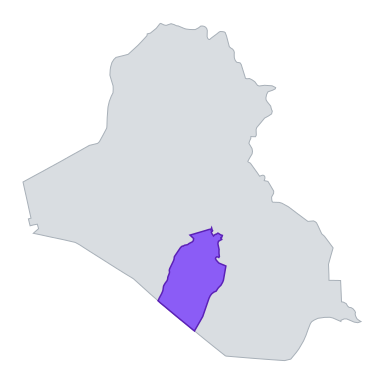 where An-Najaf sits in Iraq
{"feature_id": "IRQ-3061", "entity_name": "An-Najaf", "entity_type": "Province", "adm_level": 1, "iso_a3": "IRQ", "parent_name": "Iraq", "parent_adm1": "", "projection": "orthographic", "projection_center": [43.942, 31.079], "detail": "fine", "context": "in_parent", "style": "filled", "palette": "violet", "viewbox_px": 384, "rotation_deg": 0, "n_neighbors": 0, "source": "natural_earth", "source_scale": "10m", "svg_char_len": 4522}
<svg xmlns="http://www.w3.org/2000/svg" viewBox="0 0 384 384"><path d="M147.2,33.9L150.4,33.1L156.3,28.3L159.8,23.8L160.8,23.4L163.9,24.9L166.1,25.4L171.1,23.7L174.1,24.6L176.6,25.8L178.1,25.9L184.8,28.7L186.5,29.1L190.0,29.5L195.2,29.6L198.6,27.8L200.9,26.0L202.6,26.0L204.2,26.4L205.6,27.2L206.7,28.5L207.3,30.5L207.1,36.6L207.6,38.2L208.5,39.3L209.7,39.5L211.1,38.2L213.6,36.3L216.6,34.1L218.9,32.2L220.2,31.5L222.2,31.6L224.2,31.9L225.4,32.8L225.4,33.1L226.5,36.0L229.3,46.7L230.8,48.0L232.6,49.1L233.8,50.7L234.3,52.3L234.2,54.8L234.3,57.7L235.0,59.9L236.1,61.6L237.0,62.4L238.4,62.5L240.1,62.9L241.2,64.5L245.0,76.7L245.4,78.3L246.9,78.8L249.4,78.5L252.0,79.8L254.8,81.7L257.5,85.4L259.2,86.0L264.6,85.3L272.1,85.8L275.7,87.6L275.3,88.8L272.7,90.2L268.0,91.8L266.6,94.5L265.9,97.9L266.1,99.9L267.3,101.9L270.7,106.1L271.0,107.6L271.6,109.7L272.3,111.1L271.6,113.9L268.6,115.9L264.6,118.1L256.7,127.6L256.1,129.6L256.3,135.1L255.5,136.7L252.9,136.7L250.9,136.5L250.8,138.4L249.6,141.0L248.9,143.3L252.0,148.5L252.5,151.3L252.1,153.9L249.4,158.4L247.8,161.4L248.2,162.0L250.4,163.2L257.3,172.8L259.6,176.2L262.4,175.2L263.5,175.3L264.3,175.8L264.9,176.9L264.9,178.4L264.2,180.6L267.9,181.4L269.3,183.6L273.7,191.1L273.6,193.4L271.6,197.0L271.7,199.4L272.1,201.5L272.8,202.2L279.2,202.4L281.9,203.2L288.6,206.9L296.2,212.7L302.5,217.4L307.9,221.4L313.5,220.9L315.0,221.6L316.5,222.8L318.2,226.2L321.7,233.8L324.5,236.3L329.0,242.3L333.1,247.9L330.8,255.9L328.5,264.2L328.9,274.7L329.0,280.4L334.5,280.4L340.6,280.5L340.9,287.2L341.2,294.0L341.5,301.8L343.3,302.1L346.2,303.6L347.6,306.1L349.1,307.4L351.0,307.6L352.9,308.7L354.8,310.9L355.5,312.6L355.1,313.8L355.5,315.8L356.9,318.7L358.5,320.0L361.0,321.6L357.8,322.7L354.2,322.1L346.6,318.9L344.2,318.9L341.0,320.3L340.9,321.5L332.9,318.0L330.0,317.3L329.0,317.3L324.5,317.4L318.0,318.3L314.3,320.0L311.7,321.7L310.5,323.4L310.1,324.3L308.2,329.1L306.0,335.3L303.6,340.8L299.0,348.7L296.4,352.3L290.8,359.1L284.6,360.6L270.1,359.6L254.0,358.4L238.1,357.1L226.2,356.1L225.3,355.8L213.5,346.4L204.2,338.9L192.7,329.5L181.0,319.9L169.1,310.2L160.6,303.0L150.2,293.9L140.9,285.5L133.5,278.8L124.0,273.0L116.6,268.4L105.9,261.6L97.4,256.2L90.1,251.6L78.9,244.4L75.2,242.4L63.5,239.7L52.4,237.4L41.0,234.9L33.3,233.3L38.6,228.6L37.3,224.2L33.5,224.9L30.1,225.8L28.4,218.9L31.0,218.2L29.0,209.2L27.0,200.0L25.0,191.1L23.0,182.0L32.9,176.6L40.3,172.6L50.5,167.0L60.4,161.6L69.8,156.3L80.1,150.6L89.3,145.4L97.6,143.4L99.4,141.7L103.4,134.4L106.7,128.1L106.9,126.6L107.2,117.6L108.0,107.0L109.3,101.4L111.2,96.4L113.0,92.8L113.2,89.4L113.1,85.9L111.5,80.7L109.9,75.2L110.2,69.9L110.6,67.1L111.9,62.6L113.9,59.4L116.0,57.4L123.7,55.5L128.2,54.3L134.4,48.6L138.1,45.2L143.2,39.8L146.9,35.8L147.2,34.5L147.2,33.9Z" fill="#d9dde1" stroke="#a8b0b8" stroke-width="1"/><path d="M194.5,331.0L192.7,329.6L188.7,326.3L184.7,323.0L180.6,319.7L176.6,316.4L173.5,313.8L170.5,311.3L167.4,308.7L164.3,306.1L160.6,303.1L158.0,300.7L158.3,300.3L159.2,298.2L161.5,293.9L162.6,291.4L163.0,290.0L163.5,286.4L163.6,286.0L163.9,285.4L165.1,283.3L167.1,280.6L167.3,280.0L167.6,279.2L167.8,277.2L168.0,276.7L169.4,273.0L169.5,272.2L169.5,271.6L169.4,271.3L169.3,270.9L169.3,270.4L169.4,269.7L169.7,268.7L173.5,260.8L174.0,259.3L174.2,258.2L174.3,256.9L174.8,256.0L180.2,248.0L181.2,246.9L181.8,246.4L182.4,246.1L183.1,246.1L183.4,246.0L184.4,245.3L184.8,245.2L187.0,244.8L187.6,244.6L188.1,244.3L188.9,243.6L192.2,241.9L192.8,241.3L193.4,240.5L193.5,239.3L193.6,238.5L190.0,235.1L206.0,230.4L209.2,229.4L210.1,229.3L210.5,229.7L210.8,229.9L211.0,229.6L211.2,229.2L211.2,228.9L211.6,227.9L212.1,229.9L212.4,230.2L212.6,230.5L212.4,231.2L211.6,231.6L211.3,232.0L211.4,232.5L211.7,233.2L212.3,234.3L212.6,234.6L212.8,234.9L213.0,235.3L213.5,236.0L214.7,234.8L215.5,234.3L215.9,234.3L216.2,234.3L217.9,233.1L218.8,233.6L219.6,234.2L220.6,234.8L222.4,235.4L221.9,237.0L221.7,237.2L221.6,237.3L221.4,237.3L221.2,237.4L220.9,237.6L220.8,237.8L220.8,238.1L220.9,238.3L221.1,238.6L221.3,238.8L221.6,239.0L221.8,239.3L221.8,239.5L221.6,239.6L220.6,240.0L219.4,240.8L218.7,241.1L218.4,241.5L218.1,242.5L217.9,243.8L219.1,249.6L219.0,250.9L219.0,253.5L219.4,256.5L218.8,257.5L218.2,257.1L217.2,256.8L216.5,256.9L215.7,257.8L215.5,258.8L216.3,260.2L218.6,262.8L219.2,263.2L225.9,266.0L223.4,280.3L222.6,282.3L220.9,285.3L219.3,286.8L217.9,288.4L216.2,291.1L213.9,292.1L212.2,293.4L211.6,293.9L210.2,295.8L209.0,298.3L202.7,316.6L194.9,330.2L194.5,331.0Z" fill="#8b5cf6" stroke="#5b21b6" stroke-width="1.5"/></svg>